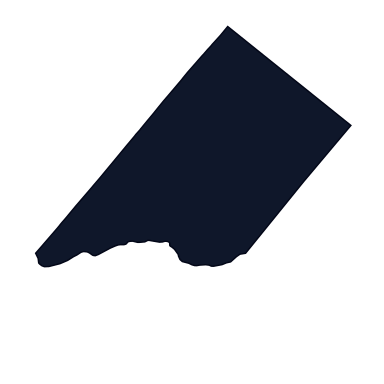 the district of Jo Daviess, Illinois, United States of America, rotated 310°
{"feature_id": "52423323B10546312408424", "entity_name": "Jo Daviess", "entity_type": "district", "adm_level": 2, "iso_a3": "USA", "parent_name": "United States of America", "parent_adm1": "Illinois", "projection": "robinson", "projection_center": [-90.406, 42.351], "detail": "fine", "context": "isolated", "style": "filled", "palette": "ink", "viewbox_px": 384, "rotation_deg": 310, "n_neighbors": 0, "source": "geoboundaries", "source_scale": "gbopen_adm2", "svg_char_len": 1473}
<svg xmlns="http://www.w3.org/2000/svg" viewBox="0 0 384 384"><g transform="rotate(310 192 192)"><path d="M114.7,176.5L116.2,178.1L118.5,182.7L119.4,183.8L123.5,187.9L126.1,189.0L127.2,189.9L132.7,199.3L134.8,201.5L136.5,202.6L137.5,203.6L138.5,205.3L138.8,206.6L138.7,207.3L138.3,208.0L137.0,209.1L136.6,209.9L136.9,212.2L136.9,215.4L135.3,221.6L134.2,222.9L132.6,226.2L132.5,229.3L135.4,235.4L136.2,238.7L137.4,241.4L138.6,242.9L141.0,244.9L145.1,249.2L147.1,252.3L147.6,254.4L149.1,256.3L155.7,261.7L159.9,263.9L163.3,266.5L171.1,267.6L175.2,268.7L179.5,272.4L271.8,270.8L345.1,270.9L341.7,113.0L330.0,113.1L317.6,112.6L317.4,112.7L312.6,112.5L311.7,112.4L304.3,112.3L303.7,112.2L280.8,111.7L272.8,111.8L272.0,111.9L252.1,111.8L243.2,111.7L236.0,111.8L225.9,112.0L218.8,112.0L207.4,112.1L206.3,112.2L200.5,112.0L199.6,112.0L198.1,112.1L185.3,112.1L160.9,112.3L158.7,112.3L157.6,112.3L142.9,112.4L134.4,112.3L130.0,112.3L114.3,112.1L112.4,112.1L107.3,112.0L90.5,112.1L85.5,112.0L85.3,112.0L82.6,112.0L80.7,112.1L76.7,112.1L56.3,111.8L55.0,111.8L44.6,111.6L42.2,116.9L39.1,120.2L38.9,121.5L39.0,124.3L39.9,126.9L43.0,130.3L45.4,132.0L52.2,136.9L59.7,140.7L66.3,142.8L69.8,144.3L74.5,145.7L75.6,146.4L76.8,147.3L78.8,150.2L79.4,152.5L79.7,156.3L80.0,157.2L81.0,158.8L83.9,160.4L96.6,165.5L101.0,167.7L103.8,169.3L105.6,170.9L107.9,173.7L109.2,174.6L110.2,175.0L112.1,174.9L113.3,175.3L114.6,176.4L114.7,176.5Z" fill="#0f172a" stroke="#020617" stroke-width="1.5"/></g></svg>